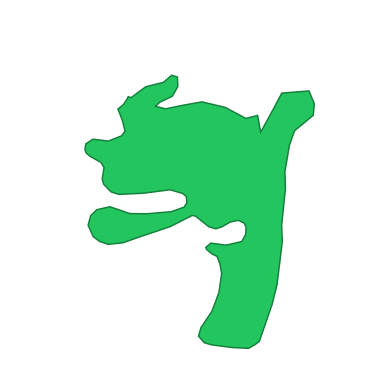 outline of Yangiabad, Sirdaryo, Uzbekistan, rotated 111°
{"feature_id": "79887680B4215620522937", "entity_name": "Yangiabad", "entity_type": "district", "adm_level": 2, "iso_a3": "UZB", "parent_name": "Uzbekistan", "parent_adm1": "Sirdaryo", "projection": "natural_earth1", "projection_center": [68.78, 39.988], "detail": "fine", "context": "isolated", "style": "filled", "palette": "green", "viewbox_px": 384, "rotation_deg": 111, "n_neighbors": 0, "source": "geoboundaries", "source_scale": "gbopen_adm2", "svg_char_len": 1351}
<svg xmlns="http://www.w3.org/2000/svg" viewBox="0 0 384 384"><g transform="rotate(111 192 192)"><path d="M125.8,285.7L127.8,285.8L134.9,287.3L141.1,290.9L149.8,282.9L159.2,276.3L160.4,276.7L164.8,277.9L174.4,288.3L178.2,303.4L185.1,308.4L190.8,307.2L193.7,304.5L195.3,299.8L197.0,287.6L200.7,282.9L212.1,280.5L216.4,277.2L220.9,267.8L220.5,259.6L210.5,236.8L197.8,213.3L196.7,200.3L198.3,195.6L204.0,193.0L208.9,193.9L217.8,204.3L228.5,226.4L234.4,242.3L235.2,263.4L242.6,274.5L250.3,278.1L260.2,277.1L269.0,268.4L271.3,260.3L270.9,251.5L264.2,238.3L254.0,226.4L232.1,199.9L213.8,183.4L213.3,179.9L218.4,163.9L217.8,156.4L213.6,151.4L206.2,145.4L201.9,138.6L202.3,132.4L205.2,129.0L212.4,126.7L220.4,127.8L229.3,140.9L233.0,156.1L238.8,159.2L240.5,157.7L242.7,150.9L243.1,145.5L249.1,140.2L257.5,135.1L276.0,130.9L285.3,130.7L296.3,130.7L315.2,135.0L324.3,134.3L328.3,126.4L327.7,118.9L322.7,98.4L317.7,83.2L311.8,78.4L307.4,75.6L268.7,76.9L248.1,79.4L233.7,83.0L206.0,89.9L190.9,96.4L155.6,105.9L139.6,112.6L113.3,117.8L98.0,118.2L77.0,106.3L66.0,109.3L55.7,119.0L67.5,143.6L84.1,145.6L111.6,149.3L97.0,158.2L104.0,168.1L101.1,191.4L104.3,215.0L114.0,231.1L123.8,246.5L125.1,256.8L119.7,254.2L109.7,244.7L98.7,243.0L89.9,246.8L90.3,252.8L99.9,258.0L110.3,272.9L125.8,282.7L125.8,285.7Z" fill="#22c55e" stroke="#15803d" stroke-width="1.5"/></g></svg>